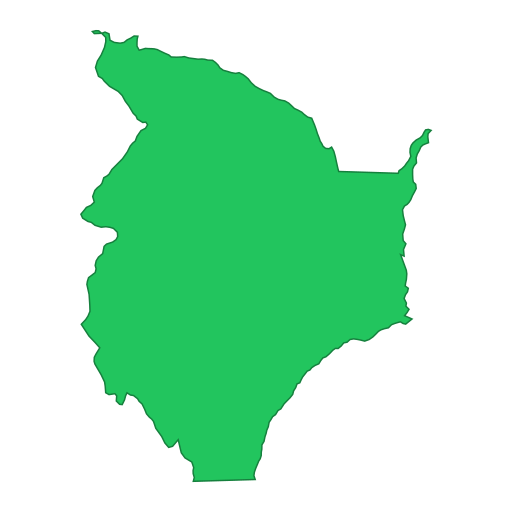 the district of Poranga, Ceará, Brazil
{"feature_id": "56859067B70222133799440", "entity_name": "Poranga", "entity_type": "district", "adm_level": 2, "iso_a3": "BRA", "parent_name": "Brazil", "parent_adm1": "Ceará", "projection": "robinson", "projection_center": [-41.066, -4.8], "detail": "fine", "context": "isolated", "style": "filled", "palette": "green", "viewbox_px": 512, "rotation_deg": 0, "n_neighbors": 0, "source": "geoboundaries", "source_scale": "gbopen_adm2", "svg_char_len": 4088}
<svg xmlns="http://www.w3.org/2000/svg" viewBox="0 0 512 512"><path d="M193.3,481.3L255.2,479.5L253.9,475.6L254.4,472.1L255.8,468.1L257.5,464.1L258.7,461.1L260.2,458.8L261.2,455.6L261.3,452.0L261.8,449.3L261.9,444.9L264.0,441.4L265.0,436.6L266.1,433.4L266.8,430.1L268.3,426.7L269.1,422.3L270.8,419.8L272.6,416.7L275.6,414.5L278.0,410.5L280.8,408.9L284.1,403.8L287.1,400.7L290.0,397.8L292.7,394.4L293.6,390.9L295.7,387.6L297.0,383.9L299.8,382.8L301.1,379.9L302.6,377.0L304.9,374.1L307.2,371.1L309.9,370.0L311.8,367.6L315.1,365.4L318.8,363.8L320.8,360.5L322.9,357.9L325.9,356.8L329.5,353.7L332.7,350.3L335.3,348.4L338.1,348.5L341.2,346.0L343.7,342.9L347.1,342.2L350.0,339.5L353.6,338.9L357.4,339.4L360.4,340.0L364.7,341.1L369.2,339.5L372.9,336.9L375.8,334.1L378.4,331.4L380.8,329.9L384.3,328.7L388.4,327.8L391.5,324.7L394.6,323.5L397.2,322.7L400.4,321.8L403.1,323.5L405.7,324.1L412.0,319.0L404.6,315.7L407.0,312.6L409.0,309.3L405.9,306.2L406.4,303.1L404.1,298.5L405.5,294.7L407.5,291.8L408.3,288.3L405.2,286.0L405.6,283.0L406.4,279.3L406.8,273.9L406.3,270.2L400.6,254.6L404.1,256.1L403.5,249.5L405.9,243.8L403.2,240.6L402.9,237.2L402.7,234.0L404.4,229.0L405.5,224.8L404.4,220.6L403.2,215.6L402.5,209.7L404.5,206.0L407.1,204.4L409.0,202.4L410.8,199.6L412.4,195.7L414.5,191.9L416.2,188.5L415.7,184.3L413.3,182.0L412.8,179.1L412.6,174.5L412.6,169.2L413.9,166.1L416.5,162.9L416.1,157.9L417.3,154.0L419.2,150.7L420.8,147.0L422.9,145.0L425.3,143.9L428.5,142.7L427.8,136.7L428.1,133.6L431.1,130.4L428.3,129.4L425.6,129.9L424.1,132.2L422.5,135.5L420.2,137.8L416.1,140.1L413.0,142.9L411.3,145.3L410.2,148.6L410.0,152.4L410.8,156.4L408.6,160.7L406.5,163.3L404.7,166.0L401.8,168.8L399.1,170.6L398.2,173.3L338.7,171.5L337.9,168.5L337.2,165.4L336.4,161.8L335.3,156.6L333.8,151.2L331.6,147.1L329.0,148.7L325.6,148.4L323.0,146.2L321.7,143.5L320.2,141.2L319.1,137.9L317.4,133.6L316.1,129.4L314.5,124.9L313.1,121.6L311.7,118.2L307.7,117.1L303.9,114.2L301.8,112.2L298.3,110.3L294.4,108.5L291.5,105.7L288.7,103.1L284.8,100.9L281.2,100.2L278.0,99.3L274.3,97.2L270.4,93.4L266.9,91.9L263.4,90.6L259.2,88.6L255.1,86.3L251.2,82.7L248.2,78.8L245.5,76.5L242.9,74.6L239.1,72.7L235.6,73.4L231.2,72.6L227.8,71.5L223.3,70.3L219.8,67.8L218.0,65.0L215.5,62.5L212.5,60.3L207.8,60.1L204.9,59.3L201.9,59.0L198.1,59.2L193.7,58.6L188.9,58.0L184.3,56.6L181.7,57.0L176.8,57.2L171.2,57.0L168.9,55.0L164.9,53.3L160.7,51.3L157.3,49.6L154.3,48.9L151.7,48.7L148.1,48.6L145.4,48.4L142.1,49.4L139.2,50.2L137.0,46.2L137.0,42.4L137.2,39.0L137.9,36.2L134.1,36.0L130.8,38.1L127.1,39.9L124.1,42.4L120.2,43.2L117.1,42.8L114.2,42.4L110.0,40.2L109.0,33.8L105.0,32.1L101.7,33.3L105.7,37.4L105.8,41.6L104.5,47.4L101.2,55.0L97.4,61.1L95.5,67.5L98.5,76.3L102.3,78.5L104.2,81.1L109.5,86.3L118.2,91.4L122.2,95.5L125.4,101.4L128.9,106.0L133.2,113.3L136.1,116.1L137.3,119.1L142.8,122.5L145.8,122.1L147.6,124.8L145.5,128.3L141.0,130.6L137.0,136.4L135.3,141.0L132.6,143.2L130.3,146.0L127.4,151.8L122.5,158.8L111.9,169.5L109.0,174.3L106.9,176.0L103.8,177.7L102.0,183.3L100.4,185.4L97.5,187.6L94.9,190.4L92.7,196.5L94.3,202.1L90.8,205.4L86.4,207.4L84.4,210.0L80.9,214.2L82.7,218.2L88.0,221.5L91.2,222.3L95.0,225.3L101.2,227.2L105.9,226.7L109.9,227.3L113.5,228.4L117.4,232.3L117.7,236.6L116.0,239.7L112.6,242.1L106.5,244.1L104.1,246.4L102.7,253.6L98.5,257.1L96.2,260.8L95.2,265.4L96.1,268.8L95.2,272.6L88.6,277.6L87.4,281.3L86.9,284.4L89.1,294.4L89.8,305.2L90.0,311.3L88.0,316.1L85.7,319.6L81.3,324.3L89.0,336.1L95.1,342.5L99.8,347.8L95.9,354.2L94.3,357.3L94.1,361.3L94.9,364.0L101.2,374.8L104.6,382.0L105.2,386.1L105.7,392.7L109.0,394.6L114.9,393.7L116.7,395.8L116.3,401.0L119.6,404.3L122.2,404.6L124.5,399.9L125.6,395.8L127.0,392.8L130.4,395.0L133.5,395.5L137.6,398.7L139.1,401.3L142.1,404.0L144.6,409.1L146.5,413.8L149.3,417.1L151.7,419.1L153.5,421.4L155.8,428.3L161.7,436.5L164.9,443.0L168.7,447.4L172.6,446.3L178.2,439.7L180.3,448.7L181.3,452.8L185.0,457.9L191.8,462.0L193.7,467.6L193.1,470.6L193.2,473.7L194.3,477.5L193.3,481.3ZM101.7,33.3L98.7,30.8L95.9,30.7L92.4,31.5L94.3,33.6L101.7,33.3Z" fill="#22c55e" stroke="#15803d" stroke-width="1.5"/></svg>